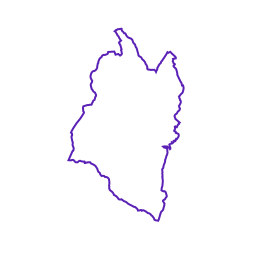 Treznea, Salaj, Romania, rotated 253°
{"feature_id": "2599482B74175634097496", "entity_name": "Treznea", "entity_type": "district", "adm_level": 2, "iso_a3": "ROU", "parent_name": "Romania", "parent_adm1": "Salaj", "projection": "orthographic", "projection_center": [23.093, 47.104], "detail": "fine", "context": "isolated", "style": "outline", "palette": "violet", "viewbox_px": 256, "rotation_deg": 253, "n_neighbors": 0, "source": "geoboundaries", "source_scale": "gbopen_adm2", "svg_char_len": 5891}
<svg xmlns="http://www.w3.org/2000/svg" viewBox="0 0 256 256"><g transform="rotate(253 128 128)"><path d="M180.6,194.0L181.2,194.3L182.3,194.1L186.6,191.6L188.5,190.7L188.1,188.4L188.3,188.1L188.9,187.8L186.8,185.7L186.1,184.8L183.9,182.2L183.5,181.5L182.3,180.3L181.9,179.3L180.5,178.3L179.9,176.9L179.1,176.0L178.9,175.6L178.2,175.2L177.5,174.3L176.6,173.4L175.9,173.3L175.3,172.9L174.4,171.9L173.5,171.2L174.8,171.0L175.0,170.7L176.0,170.2L176.3,168.9L176.6,168.1L176.8,166.9L177.6,165.6L177.9,164.5L178.1,164.2L179.1,163.7L180.3,164.2L181.3,164.3L183.2,164.0L184.1,163.6L186.1,163.5L188.1,162.7L189.1,162.0L190.0,161.6L190.8,161.5L191.9,161.1L192.3,160.8L193.2,159.8L194.3,159.2L195.3,159.4L201.9,159.6L202.5,159.4L203.0,159.1L205.8,159.1L206.3,158.9L207.0,158.4L208.3,158.0L211.2,157.9L211.5,157.7L211.8,157.4L212.2,157.3L212.7,157.0L213.4,155.9L213.8,155.6L214.1,155.0L215.0,154.3L217.0,153.4L217.8,153.4L218.9,153.2L219.5,152.8L219.7,152.1L219.8,151.9L220.9,151.7L222.7,150.7L223.5,150.6L224.7,150.9L224.9,150.6L225.2,148.0L225.5,146.9L224.9,145.5L224.7,144.7L224.9,144.6L224.5,144.1L224.4,143.7L223.9,144.1L220.6,145.0L219.7,145.0L219.2,145.3L218.3,145.7L216.8,146.0L216.0,146.0L215.6,146.2L215.5,146.3L213.6,146.9L213.2,145.6L212.9,145.4L212.6,144.7L212.2,144.3L211.6,144.5L210.0,144.7L209.2,145.0L207.4,144.8L205.2,144.9L205.0,144.7L204.8,144.3L204.6,144.1L203.3,144.2L201.0,143.9L200.2,143.3L200.0,142.9L199.6,141.6L201.6,140.4L201.8,137.5L203.9,137.4L205.1,137.2L206.5,131.3L206.0,131.1L204.9,130.2L204.6,128.1L204.6,127.6L204.8,127.0L204.8,126.4L205.0,126.2L204.9,124.8L204.5,124.2L204.0,123.7L203.6,123.5L203.4,123.0L203.3,122.5L202.4,120.9L200.6,119.4L199.6,118.8L199.0,118.7L198.4,117.9L197.0,117.2L196.4,116.8L194.6,116.1L193.6,115.2L192.7,113.8L192.5,113.2L192.4,112.6L192.5,111.9L192.5,111.2L192.3,110.5L191.5,109.3L190.2,108.3L188.6,107.3L187.0,107.0L185.1,107.2L183.7,107.6L182.6,107.1L181.8,106.4L181.5,105.9L180.8,105.3L180.2,105.0L178.4,104.7L176.9,104.8L176.2,104.6L175.6,104.7L175.1,105.1L173.2,105.5L172.6,105.9L171.5,106.8L169.0,107.1L168.2,106.9L167.1,105.7L164.8,104.3L164.6,103.8L164.5,103.3L164.3,102.8L163.2,102.0L162.9,101.5L162.5,101.2L161.5,100.3L161.2,100.2L161.0,99.9L161.0,99.7L161.4,98.1L161.5,96.8L161.8,95.8L161.8,91.7L161.6,91.5L160.3,90.8L158.2,90.4L157.2,90.1L155.9,90.5L155.2,90.1L152.0,86.4L150.6,84.6L147.6,80.2L143.9,75.7L141.7,73.4L140.2,72.1L139.4,72.7L139.0,72.8L137.3,72.4L137.1,72.0L136.9,71.8L136.3,71.6L136.0,71.3L131.7,70.9L130.7,71.0L129.5,70.7L128.0,70.0L124.5,70.2L123.2,69.5L122.6,69.3L122.1,68.6L122.2,68.3L121.8,67.9L114.6,61.7L114.0,63.1L113.7,64.1L113.8,65.0L113.7,65.8L113.3,66.5L112.2,67.1L111.0,67.6L110.6,67.9L110.0,69.4L110.0,69.9L110.6,71.1L110.8,72.1L110.7,72.5L110.1,73.2L109.6,74.0L109.3,74.7L108.8,75.6L108.7,76.5L108.4,76.7L107.4,76.4L107.1,76.4L107.0,76.6L107.1,77.5L106.9,78.4L107.1,78.7L107.0,79.1L106.7,80.5L106.2,81.9L105.4,82.0L104.7,82.5L103.4,84.0L101.7,85.5L100.9,85.9L98.0,86.7L95.4,86.7L94.7,86.9L93.6,87.8L91.5,88.0L90.0,88.6L89.8,88.8L89.7,89.9L89.0,91.2L87.8,91.7L87.7,92.6L87.2,93.3L86.5,94.0L85.6,94.6L84.5,94.8L82.4,94.5L80.4,94.0L78.5,93.1L77.1,92.9L76.2,92.5L75.4,92.4L74.3,92.4L73.0,93.1L72.7,93.4L71.7,94.1L70.3,94.7L70.1,94.8L68.3,95.1L68.1,95.0L67.4,95.8L66.7,96.3L66.3,96.8L64.0,97.9L63.3,98.0L62.5,98.4L62.3,98.7L61.6,100.4L61.7,101.0L60.6,101.8L59.3,102.6L58.5,103.8L57.8,104.5L56.8,105.3L56.0,105.6L55.3,106.3L53.9,107.5L53.3,108.3L50.8,110.7L50.3,111.8L50.0,112.0L47.7,113.3L46.1,113.4L45.8,115.1L45.8,116.4L45.5,116.9L44.8,117.1L45.0,117.8L44.9,118.6L44.3,119.3L43.0,120.6L40.9,122.1L40.1,123.4L39.5,123.9L38.6,124.5L37.6,124.8L36.6,125.6L34.2,126.4L32.5,126.5L31.7,127.4L30.5,129.8L30.8,130.0L31.8,130.9L35.4,133.2L37.8,134.9L38.3,135.4L38.9,136.9L40.0,138.0L40.5,138.2L43.6,140.2L44.9,140.6L45.1,140.8L47.7,140.1L48.0,140.1L48.4,140.3L48.8,141.3L49.0,142.5L49.3,142.8L50.2,143.6L50.7,144.5L51.2,145.0L51.6,145.2L55.6,145.3L55.9,145.0L56.8,144.6L57.1,143.9L57.0,143.6L57.1,143.3L58.1,142.2L58.7,141.8L61.1,142.9L61.7,143.4L63.1,144.2L66.1,145.4L67.5,145.9L70.7,146.5L71.1,146.4L71.5,146.8L73.2,147.3L74.4,147.4L75.4,148.0L78.5,148.6L79.5,150.0L81.7,151.1L83.7,152.7L85.1,153.7L85.6,153.9L86.4,154.0L87.1,154.6L89.0,156.0L90.2,156.6L91.0,157.6L92.5,158.3L93.1,158.7L93.6,158.8L94.5,158.8L95.7,159.3L96.8,159.3L97.3,158.9L98.2,158.0L98.7,156.9L99.9,156.2L99.8,157.5L99.5,158.0L99.2,159.0L99.0,159.3L99.0,159.9L98.8,160.1L98.1,160.2L97.9,160.5L97.7,160.9L97.2,161.4L96.3,161.8L95.5,162.0L95.7,162.4L96.6,162.7L98.6,162.6L100.1,162.7L100.5,163.9L100.3,165.7L100.4,165.9L100.9,165.9L100.9,166.0L101.1,166.0L100.8,166.3L100.7,166.6L101.3,167.3L102.2,167.7L102.2,168.1L102.4,168.3L102.4,168.5L101.9,168.4L101.5,168.7L101.6,169.4L102.6,170.3L103.4,170.7L103.5,170.8L103.1,171.2L103.2,171.7L103.7,172.2L104.8,173.6L105.8,174.3L106.6,174.5L107.4,174.5L107.8,174.2L108.4,173.6L109.3,172.3L109.5,172.2L109.7,172.3L109.8,172.7L110.6,172.4L111.7,171.3L112.0,171.4L113.6,173.0L114.1,173.1L114.9,173.0L115.5,173.1L115.6,173.3L115.7,173.8L115.4,174.1L115.0,174.3L114.6,175.0L116.4,176.6L116.8,177.3L117.0,178.0L117.7,178.0L118.1,179.0L122.8,176.0L123.5,176.1L125.2,175.9L126.2,176.2L126.7,176.7L127.1,177.3L127.4,178.4L127.7,179.0L129.2,180.5L129.8,182.1L130.4,182.8L131.5,183.4L132.1,183.1L134.2,183.2L135.3,184.5L136.5,185.6L137.6,186.2L139.0,186.3L139.6,185.9L140.4,186.1L141.8,185.8L143.0,186.3L143.2,186.1L143.6,186.5L145.3,189.3L145.5,190.0L146.6,191.1L149.2,192.6L149.9,192.8L150.7,193.0L152.6,193.1L152.8,192.1L155.1,192.3L157.7,191.7L160.4,191.3L160.8,191.2L161.8,191.1L163.9,190.8L164.4,190.7L165.9,191.1L167.2,191.2L169.1,191.3L170.7,191.2L171.3,190.7L171.7,190.6L172.8,189.9L173.8,189.6L174.0,189.6L175.0,191.2L175.3,191.5L175.5,191.4L176.4,190.5L177.4,190.6L178.1,190.4L178.8,190.3L180.2,191.3L180.9,191.3L180.7,193.5L180.6,194.0Z" fill="none" stroke="#5b21b6" stroke-width="2"/></g></svg>